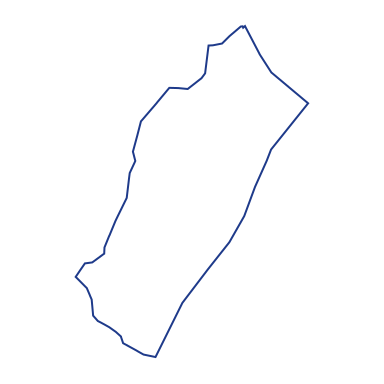 Kerki, Chardzhou, Turkmenistan (Mercator projection), rotated 87°
{"feature_id": "10190150B1660542161476", "entity_name": "Kerki", "entity_type": "district", "adm_level": 2, "iso_a3": "TKM", "parent_name": "Turkmenistan", "parent_adm1": "Chardzhou", "projection": "mercator", "projection_center": [64.9, 38.442], "detail": "fine", "context": "isolated", "style": "outline", "palette": "blue", "viewbox_px": 384, "rotation_deg": 87, "n_neighbors": 0, "source": "geoboundaries", "source_scale": "gbopen_adm2", "svg_char_len": 1078}
<svg xmlns="http://www.w3.org/2000/svg" viewBox="0 0 384 384"><g transform="rotate(87 192 192)"><path d="M97.1,84.7L76.8,106.5L57.9,117.3L57.5,117.4L29.1,130.4L30.6,132.3L29.2,132.8L29.3,134.6L38.3,146.4L45.3,154.2L46.6,163.4L46.6,167.8L74.2,172.7L78.8,176.5L88.9,190.9L87.5,200.3L86.8,209.2L100.9,222.3L101.1,222.4L118.8,239.3L132.5,243.6L143.5,247.2L148.7,248.9L150.0,248.6L158.0,247.0L159.6,247.8L169.8,253.2L175.3,254.2L191.0,256.9L194.5,257.5L212.6,267.6L216.8,269.9L231.1,276.7L231.5,277.0L242.8,282.3L249.0,282.9L249.6,283.9L257.1,295.3L257.7,302.7L260.7,305.0L264.6,308.0L270.7,312.6L271.9,311.5L277.5,306.5L281.0,303.4L282.4,302.1L289.2,299.6L290.7,299.1L294.2,297.8L294.5,297.8L310.3,297.2L315.9,292.8L317.7,289.7L319.0,287.6L319.6,286.6L322.7,281.7L325.8,277.8L327.6,275.5L330.5,272.6L332.6,270.5L333.3,270.4L339.4,268.7L344.2,260.9L347.3,255.9L348.7,253.8L351.8,248.9L354.9,237.1L353.7,236.4L302.2,207.4L270.1,180.2L244.1,157.3L218.8,141.1L190.2,128.8L164.8,115.8L153.7,110.8L109.5,71.4L97.2,84.6L97.1,84.7Z" fill="none" stroke="#1e3a8a" stroke-width="2"/></g></svg>